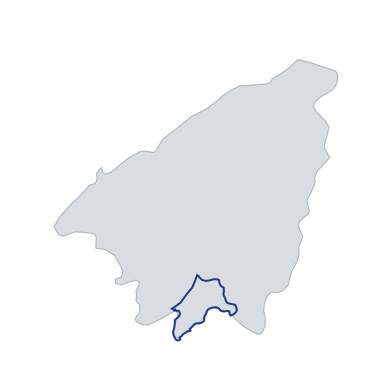 Bosnia and Herzegovina, with Vlasenica highlighted, rotated 100°
{"feature_id": "BIH-4805", "entity_name": "Vlasenica", "entity_type": "state/province", "adm_level": 1, "iso_a3": "BIH", "parent_name": "Bosnia and Herzegovina", "parent_adm1": "", "projection": "robinson", "projection_center": [19.204, 44.258], "detail": "fine", "context": "in_parent", "style": "outline", "palette": "blue", "viewbox_px": 384, "rotation_deg": 100, "n_neighbors": 0, "source": "natural_earth", "source_scale": "10m", "svg_char_len": 3186}
<svg xmlns="http://www.w3.org/2000/svg" viewBox="0 0 384 384"><g transform="rotate(100 192 192)"><path d="M319.9,99.9L320.5,102.0L318.8,109.4L315.5,117.5L310.3,125.8L304.8,133.6L303.3,137.8L302.9,144.4L302.2,149.6L303.0,152.5L304.8,155.1L310.9,157.2L319.2,162.4L326.2,169.3L335.2,177.0L338.0,179.9L338.0,183.0L335.4,185.2L327.7,186.1L319.7,185.4L316.6,184.6L313.7,185.6L312.0,187.3L312.9,189.4L321.1,198.8L330.7,212.3L331.3,218.1L330.1,222.7L327.9,225.8L323.9,225.3L320.9,222.8L316.3,223.0L312.7,223.7L308.1,228.6L305.8,228.4L301.8,229.1L299.3,230.1L295.3,228.7L291.1,227.7L289.3,229.2L288.5,232.1L291.1,237.3L295.9,245.4L295.1,251.6L291.4,252.3L288.0,247.1L285.0,246.3L281.6,246.4L273.7,252.4L267.9,257.5L266.5,261.0L264.5,264.8L263.8,267.6L263.9,276.9L253.5,278.4L251.3,279.7L250.0,282.5L250.8,294.4L251.7,300.8L257.6,310.6L257.8,313.8L257.0,315.8L252.7,319.7L250.7,321.1L249.3,321.6L242.3,319.0L239.0,317.8L225.1,309.1L219.0,304.2L209.3,297.9L203.3,294.3L200.3,288.9L195.5,287.6L189.9,289.3L183.6,285.4L188.1,283.4L189.2,281.4L188.7,278.9L186.7,275.4L169.6,260.5L161.3,250.3L159.9,246.7L159.9,236.9L157.9,234.6L145.4,230.2L131.4,217.5L117.0,205.1L115.1,201.7L107.7,192.3L98.7,183.8L91.5,178.3L85.6,172.1L79.1,163.5L75.9,150.4L73.0,138.8L71.0,134.2L66.9,132.7L54.1,118.9L43.3,110.9L43.5,102.2L45.6,87.8L47.9,71.6L50.6,69.4L55.6,68.2L61.3,68.6L66.2,70.6L75.9,81.7L81.5,86.0L86.2,87.7L91.8,83.0L98.7,73.2L104.6,68.1L124.5,69.9L134.3,62.4L150.0,72.3L156.5,73.8L160.2,72.4L165.2,73.0L176.2,75.9L178.8,77.1L182.1,76.9L190.4,73.1L193.2,73.6L202.5,81.1L207.2,81.2L212.9,77.9L216.5,75.1L227.3,77.2L233.5,76.0L238.6,75.8L244.1,77.1L249.2,78.9L254.1,80.4L267.4,81.2L273.8,86.0L276.3,90.7L276.4,93.5L277.0,96.6L280.7,99.6L288.7,101.4L293.7,101.0L296.4,100.8L303.3,98.1L311.3,96.7L317.1,98.3L319.9,99.9Z" fill="#d9dde1" stroke="#a8b0b8" stroke-width="1"/><path d="M306.9,132.6L306.4,133.2L305.8,133.7L303.1,134.5L302.9,136.0L304.2,140.2L304.0,142.9L303.1,144.3L302.0,145.5L301.4,147.5L301.5,149.3L302.1,151.2L303.8,154.5L305.2,156.0L306.8,156.6L310.0,157.2L311.6,158.0L312.3,158.1L313.4,158.2L315.9,157.7L316.8,157.8L318.1,158.8L319.4,160.5L320.3,162.6L320.5,164.5L321.0,165.7L322.4,167.1L325.8,169.3L326.6,170.1L327.1,170.3L327.6,170.2L328.5,169.4L328.9,169.4L329.6,170.2L329.7,171.9L330.2,172.5L331.4,173.5L332.8,175.3L333.3,175.9L335.8,177.2L337.0,178.6L337.7,179.1L338.0,178.8L338.5,178.2L339.2,178.0L340.1,178.8L340.7,180.6L340.1,182.2L338.8,183.5L335.6,185.6L333.8,186.2L331.9,186.3L327.5,185.9L323.4,186.2L322.3,186.5L321.2,186.6L320.2,186.0L318.2,184.3L316.2,183.1L315.2,182.8L314.1,182.8L312.5,183.3L311.9,183.8L311.4,184.7L311.4,185.4L311.8,186.6L311.6,187.3L310.8,188.1L311.7,188.6L310.4,191.5L306.7,187.6L302.9,184.1L293.6,179.5L286.1,175.2L279.5,173.7L272.9,172.5L273.9,170.7L274.9,169.8L275.1,169.6L276.8,166.8L277.2,163.5L276.4,160.5L275.3,157.9L274.1,155.4L273.6,151.5L274.3,149.8L276.0,149.6L278.3,148.3L279.8,146.6L280.7,144.2L284.1,143.4L287.2,143.3L289.2,142.2L291.4,140.5L292.7,140.1L294.7,138.6L295.3,137.2L295.6,130.6L295.6,129.8L296.8,129.2L298.9,127.9L300.8,127.3L302.0,127.6L304.5,129.1L306.1,131.0L306.9,132.6Z" fill="none" stroke="#1e3a8a" stroke-width="2"/></g></svg>